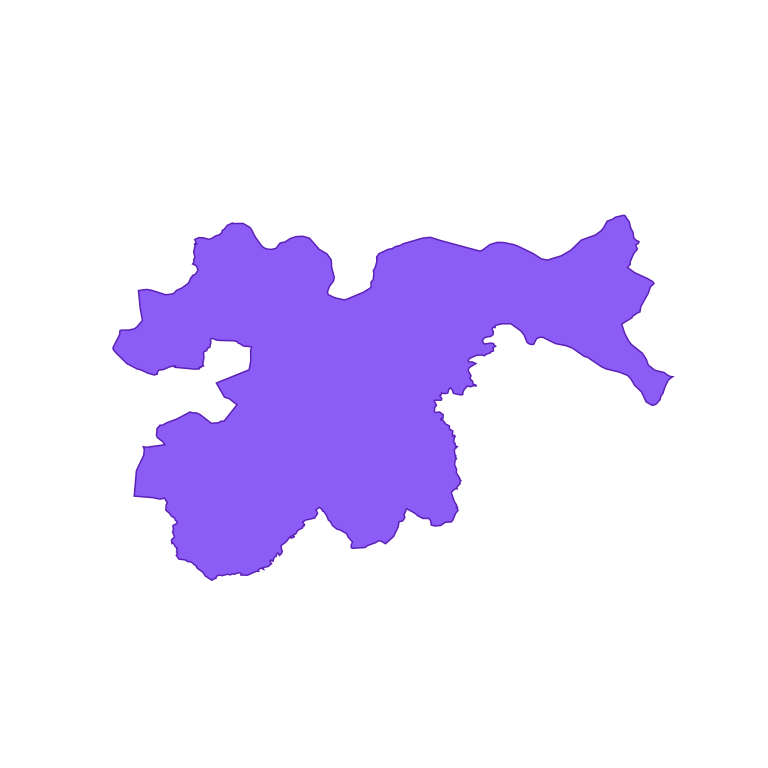 outline of Bale, Balé, Burkina Faso, rotated 292°
{"feature_id": "67063806B68807156447803", "entity_name": "Bale", "entity_type": "district", "adm_level": 2, "iso_a3": "BFA", "parent_name": "Burkina Faso", "parent_adm1": "Balé", "projection": "equal_earth", "projection_center": [-3.151, 11.673], "detail": "fine", "context": "isolated", "style": "filled", "palette": "violet", "viewbox_px": 768, "rotation_deg": 292, "n_neighbors": 0, "source": "geoboundaries", "source_scale": "gbopen_adm2", "svg_char_len": 6171}
<svg xmlns="http://www.w3.org/2000/svg" viewBox="0 0 768 768"><g transform="rotate(292 384 384)"><path d="M447.1,154.4L443.6,158.0L443.2,157.6L443.7,156.4L442.8,155.9L441.6,156.9L434.9,158.1L430.7,161.3L428.2,160.9L425.7,162.2L423.6,161.6L423.4,165.0L422.6,166.6L419.6,168.9L415.0,168.0L412.9,165.8L410.6,165.9L410.6,165.2L404.3,164.9L397.4,160.7L393.0,156.5L389.6,155.3L388.1,153.8L385.0,148.3L383.8,133.4L382.8,128.6L378.7,121.3L362.7,129.7L352.5,136.2L344.3,133.5L341.6,131.8L338.4,127.2L335.7,120.5L334.5,119.2L330.8,120.4L316.2,119.1L314.4,120.2L312.7,123.4L306.6,138.0L305.5,149.4L306.0,153.2L305.6,161.1L306.3,167.7L308.3,170.1L310.5,169.5L312.5,170.0L314.7,174.0L319.8,179.0L322.2,183.0L322.5,183.8L321.2,183.8L321.6,185.3L326.8,202.8L328.8,207.1L330.2,206.5L330.8,208.1L331.6,208.0L333.1,209.9L334.9,208.4L341.2,207.1L345.3,204.9L346.7,205.1L348.6,207.2L350.7,206.8L352.8,208.7L358.1,207.8L360.0,206.4L361.3,206.7L362.0,208.6L362.0,212.2L362.7,214.9L367.7,228.2L368.3,231.4L367.2,233.9L367.5,235.2L366.5,239.3L368.9,247.3L365.3,247.7L355.6,251.8L346.6,253.6L322.1,228.2L312.0,241.1L312.4,246.0L309.7,255.5L289.7,249.6L288.4,246.7L286.2,245.3L282.9,238.6L286.8,224.8L286.9,220.7L285.6,217.3L285.4,214.7L273.8,204.9L266.7,197.1L262.8,194.0L261.9,191.7L257.6,190.3L251.1,192.3L249.4,194.1L247.6,200.5L245.5,203.4L236.4,187.6L235.7,184.3L233.5,186.3L227.9,187.9L211.0,186.9L186.5,194.4L192.0,212.1L193.4,219.5L195.9,223.3L192.8,227.5L190.3,227.3L185.3,229.0L183.5,234.1L181.9,236.3L181.1,240.6L179.7,241.3L178.7,244.2L176.4,243.6L173.7,241.3L170.1,243.3L167.7,243.3L163.7,247.1L159.9,245.3L156.7,247.1L157.5,247.6L157.3,248.5L155.0,251.4L154.3,253.6L153.1,253.5L152.1,254.8L150.5,254.5L149.6,256.0L147.3,255.6L144.8,259.5L146.5,265.7L145.8,268.0L146.6,271.6L146.3,274.1L145.5,275.2L145.0,278.3L143.9,278.7L143.1,280.4L141.5,286.9L139.0,290.2L137.6,298.1L140.0,299.5L140.6,300.9L143.2,300.8L145.3,303.1L145.6,305.6L149.0,310.2L149.5,313.1L151.3,314.5L151.4,316.3L154.7,320.0L154.8,322.9L153.3,322.9L155.6,329.1L162.4,335.6L163.4,338.0L164.1,337.3L166.2,337.7L167.1,339.2L167.1,341.8L168.4,340.5L171.6,345.2L175.3,347.1L176.6,344.9L177.7,344.6L178.7,345.5L177.9,346.6L178.2,347.5L182.1,347.0L184.0,348.6L186.4,348.2L187.4,348.8L187.3,349.6L185.9,351.3L188.3,352.4L190.9,352.4L191.7,351.2L195.6,349.1L200.8,352.3L207.3,354.2L207.9,355.0L206.4,355.7L208.5,358.0L209.1,357.9L209.5,356.0L212.1,358.3L216.2,358.9L220.0,362.4L221.7,362.0L222.2,363.0L223.8,363.0L225.4,360.3L228.4,362.2L233.7,369.9L239.1,370.9L241.8,368.1L245.4,370.2L244.7,373.0L243.1,374.9L243.5,375.6L240.3,380.4L237.1,383.3L236.3,385.9L233.6,389.1L231.8,394.7L232.2,398.2L231.2,405.4L228.5,408.4L225.7,414.0L222.0,414.0L219.9,415.1L219.9,416.4L225.4,427.9L227.9,429.1L233.7,435.6L236.6,437.7L237.2,440.2L236.5,445.3L246.2,450.0L256.8,450.7L261.9,449.5L264.0,452.6L268.3,453.3L269.9,451.6L276.9,451.7L275.7,461.5L274.5,464.4L273.9,470.4L276.1,475.8L274.9,478.2L270.9,480.8L271.5,484.7L274.1,489.6L278.7,492.6L281.3,498.0L283.4,498.8L291.0,498.9L294.6,500.0L296.0,498.4L297.1,498.4L296.7,497.2L298.6,497.0L301.5,493.1L308.5,487.1L311.0,487.7L313.8,489.7L314.2,491.1L315.3,490.1L320.3,491.9L321.6,491.1L323.3,491.5L323.8,489.8L324.9,489.7L328.8,484.3L332.1,483.2L335.6,479.7L339.4,478.6L342.1,479.1L342.6,477.6L344.1,477.7L345.3,476.1L349.0,474.0L352.0,474.2L352.0,475.0L353.4,475.4L353.4,473.8L354.9,472.0L355.6,472.2L356.6,470.2L360.6,469.3L361.9,469.7L362.9,468.4L361.4,467.3L362.0,466.6L366.2,465.4L366.8,461.5L369.7,460.3L369.9,456.3L372.6,452.0L372.1,450.1L372.9,449.7L374.5,451.5L377.8,450.3L378.8,446.0L376.8,442.1L377.1,441.0L381.2,439.9L384.1,440.6L387.1,436.9L388.0,437.2L390.4,443.1L391.9,443.2L394.2,440.0L395.2,441.0L397.3,440.9L397.7,443.6L399.4,446.5L404.0,446.2L405.1,446.9L404.2,449.5L401.7,451.4L401.4,452.5L402.7,459.6L404.0,461.0L405.0,460.3L408.9,460.4L413.3,462.2L413.9,465.3L416.1,467.9L416.7,470.1L417.5,469.4L417.1,466.8L419.6,465.3L421.2,461.6L424.2,461.6L428.1,456.9L431.0,456.8L437.4,461.5L437.5,457.5L436.3,454.5L437.1,453.2L440.0,453.9L445.4,459.2L447.7,464.1L447.8,466.5L449.8,467.6L453.0,471.1L454.1,471.1L455.7,473.1L458.6,471.6L460.9,473.3L461.6,470.9L462.5,470.4L462.0,467.8L458.8,462.4L459.1,461.0L460.8,459.1L463.9,459.5L466.3,461.9L468.0,465.0L470.6,466.6L473.3,465.9L475.8,463.4L477.3,463.8L478.0,465.9L479.6,465.2L480.4,465.8L483.9,470.6L487.4,479.0L484.5,490.9L481.9,495.5L476.4,500.8L475.6,503.0L475.8,505.9L476.9,507.9L483.3,508.5L485.9,511.2L486.8,514.0L485.7,527.8L487.7,538.3L487.9,545.2L484.6,559.3L485.0,562.8L481.5,579.1L481.2,584.3L483.2,598.0L483.2,606.6L481.3,610.9L476.7,616.8L473.1,625.7L465.6,633.8L464.7,640.1L465.5,642.1L467.5,643.9L472.7,645.8L476.4,645.3L480.0,646.1L486.1,645.6L494.3,646.1L498.9,648.9L498.3,647.1L498.4,643.7L499.6,639.4L498.2,630.1L500.5,622.0L505.3,617.8L509.3,612.1L513.3,598.6L515.4,594.9L520.9,588.4L528.6,581.9L538.2,589.0L539.8,589.1L544.9,592.4L546.7,594.3L552.0,593.1L567.2,595.0L573.7,594.6L578.3,596.7L579.6,594.8L580.5,588.3L581.1,574.6L583.3,566.1L587.4,567.5L589.0,566.5L598.2,566.6L604.0,568.4L607.1,565.3L610.2,567.3L611.5,567.1L611.8,563.7L613.0,560.9L618.1,557.9L620.8,554.5L626.1,550.7L630.4,544.3L629.9,542.5L625.1,535.8L622.7,534.5L618.5,529.9L610.7,529.0L607.0,527.7L601.2,524.0L591.4,513.1L578.0,507.1L569.3,500.4L560.0,488.9L559.0,483.0L560.8,473.6L562.0,456.3L561.8,451.6L560.0,442.1L557.9,436.2L553.1,430.1L545.1,425.2L543.1,423.1L538.2,382.5L537.4,372.0L533.7,365.1L521.0,349.0L519.2,348.0L515.8,343.3L512.5,340.8L510.4,337.4L502.9,330.5L499.2,329.6L494.6,331.5L488.8,332.2L485.0,331.6L483.0,333.1L476.8,334.9L473.4,333.8L469.4,335.7L467.4,335.0L461.4,330.6L447.8,316.8L446.9,314.7L445.5,306.0L446.0,298.5L448.7,297.0L454.2,296.9L460.3,298.6L464.2,298.0L472.6,291.7L479.3,288.6L483.3,282.3L484.5,273.6L491.3,260.3L490.5,253.2L487.7,247.3L483.7,242.5L478.6,239.0L475.9,234.9L469.5,233.1L466.8,229.6L465.4,225.5L465.3,221.6L466.4,218.5L472.2,209.4L478.0,202.8L479.1,200.4L480.1,193.2L476.6,184.9L476.4,183.1L472.3,179.2L467.8,178.0L466.0,176.6L463.5,176.8L460.8,175.6L458.4,172.6L454.1,169.4L452.4,167.1L452.0,162.2L450.3,157.4L447.1,154.4Z" fill="#8b5cf6" stroke="#5b21b6" stroke-width="1.5"/></g></svg>